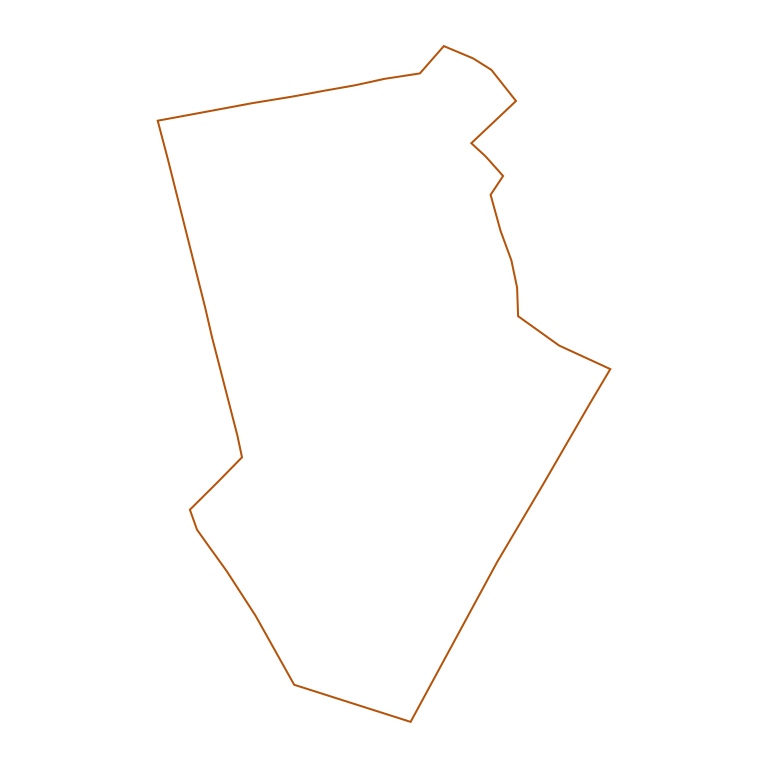 the district of Iguaba Grande, Rio de Janeiro, Brazil
{"feature_id": "56859067B51771199201484", "entity_name": "Iguaba Grande", "entity_type": "district", "adm_level": 2, "iso_a3": "BRA", "parent_name": "Brazil", "parent_adm1": "Rio de Janeiro", "projection": "natural_earth1", "projection_center": [-42.216, -22.83], "detail": "fine", "context": "isolated", "style": "outline", "palette": "amber", "viewbox_px": 768, "rotation_deg": 0, "n_neighbors": 0, "source": "geoboundaries", "source_scale": "gbopen_adm2", "svg_char_len": 587}
<svg xmlns="http://www.w3.org/2000/svg" viewBox="0 0 768 768"><path d="M255.6,615.8L294.2,684.8L410.6,721.9L497.1,562.1L543.5,483.7L566.4,444.1L589.6,404.0L610.3,369.1L559.2,345.6L518.1,316.2L517.1,287.7L511.4,260.4L500.6,231.0L490.6,194.8L503.1,176.0L485.6,156.4L471.3,143.2L516.0,101.0L491.4,69.9L473.1,58.4L443.8,46.1L419.9,73.4L384.2,78.9L354.9,85.3L323.8,90.8L293.5,96.4L252.0,103.2L157.7,120.7L167.7,158.6L205.2,307.7L212.0,337.1L237.4,435.6L242.0,457.3L217.4,482.4L189.9,509.7L197.0,529.7L209.2,546.8L226.7,571.1L255.6,615.8Z" fill="none" stroke="#b45309" stroke-width="2"/></svg>